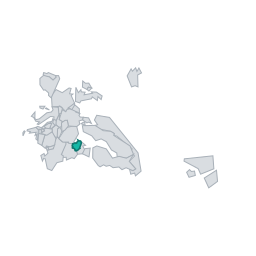 Lithuania on a map of Europe (Mercator projection), rotated 105°
{"feature_id": "LTU", "entity_name": "Lithuania", "entity_type": "country or territory", "adm_level": 0, "iso_a3": "LTU", "parent_name": "Europe", "parent_adm1": "", "projection": "mercator", "projection_center": [24.055, 55.152], "detail": "fine", "context": "in_parent", "style": "filled", "palette": "teal", "viewbox_px": 256, "rotation_deg": 105, "n_neighbors": 37, "source": "natural_earth", "source_scale": "50m", "svg_char_len": 8877}
<svg xmlns="http://www.w3.org/2000/svg" viewBox="0 0 256 256"><g transform="rotate(105 128 128)"><path d="M132.9,38.8L145.2,34.5L153.8,45.9L149.1,49.7L145.5,65.3L143.2,65.6L132.9,38.8ZM171.9,113.4L167.1,116.0L167.9,112.2L165.5,110.0L159.9,118.2L153.3,114.4L150.7,119.4L147.1,118.6L138.7,136.7L138.8,139.9L136.9,139.8L135.7,143.8L136.4,155.8L134.0,160.5L132.7,158.2L129.0,162.5L123.8,161.5L122.6,148.6L149.4,111.9L166.3,104.2L172.3,108.4L169.8,109.9L171.9,113.4ZM164.9,34.5L156.6,41.4L145.9,31.6L156.4,27.7L164.9,34.5ZM159.8,56.3L155.6,59.9L152.3,57.8L153.6,55.5L152.4,52.6L156.4,50.7L159.8,56.3Z" fill="#d9dde1" stroke="#a8b0b8" stroke-width="1"/><path d="M117.9,186.0L128.4,192.3L124.5,198.7L127.2,206.8L116.6,210.3L109.5,207.5L110.9,200.7L104.6,195.3L104.5,193.2L110.1,193.3L109.5,190.0L111.3,191.3L117.9,186.0ZM129.7,212.3L130.9,208.6L130.6,212.8L129.7,212.3Z" fill="#d9dde1" stroke="#a8b0b8" stroke-width="1"/><path d="M134.0,160.5L137.0,151.3L135.7,143.8L136.9,139.8L138.8,139.9L144.8,121.4L152.1,115.8L157.6,121.8L158.3,131.1L155.0,132.4L153.5,138.3L146.8,145.4L145.5,151.1L148.6,155.9L144.9,161.0L143.1,170.2L137.6,172.7L134.0,160.5Z" fill="#d9dde1" stroke="#a8b0b8" stroke-width="1"/><path d="M166.4,169.9L171.5,172.0L171.2,174.5L174.9,179.2L172.3,180.1L173.2,183.1L170.9,185.5L157.6,184.7L157.5,177.4L161.4,176.2L163.2,171.8L166.4,169.9Z" fill="#d9dde1" stroke="#a8b0b8" stroke-width="1"/><path d="M179.3,201.6L182.1,202.1L177.1,205.1L174.4,202.5L176.6,201.1L173.0,198.8L167.3,202.6L167.7,199.5L169.9,199.5L167.3,194.8L160.1,195.9L154.9,194.0L158.3,188.1L157.6,184.7L159.5,183.7L170.9,185.5L171.6,183.3L176.9,182.4L179.9,187.7L188.8,190.6L188.2,195.4L179.2,200.0L179.3,201.6Z" fill="#d9dde1" stroke="#a8b0b8" stroke-width="1"/><path d="M157.5,177.4L158.1,181.3L157.0,181.9L158.5,187.3L156.2,192.2L143.7,188.1L139.7,180.3L139.8,177.9L146.4,174.3L157.5,177.4Z" fill="#d9dde1" stroke="#a8b0b8" stroke-width="1"/><path d="M145.2,194.8L143.4,198.8L140.8,199.5L131.0,197.7L137.6,196.6L138.8,192.7L144.3,192.9L145.2,194.8Z" fill="#d9dde1" stroke="#a8b0b8" stroke-width="1"/><path d="M154.9,194.0L156.0,195.5L152.8,199.8L148.0,201.3L143.7,198.4L145.2,194.8L154.9,194.0Z" fill="#d9dde1" stroke="#a8b0b8" stroke-width="1"/><path d="M163.4,194.5L167.3,194.8L169.9,199.5L167.7,199.5L166.5,202.1L166.3,198.5L163.4,194.5Z" fill="#d9dde1" stroke="#a8b0b8" stroke-width="1"/><path d="M166.5,202.1L169.1,202.6L167.1,206.8L156.5,206.5L151.3,200.3L156.9,194.9L163.4,194.5L166.3,198.5L166.5,202.1Z" fill="#d9dde1" stroke="#a8b0b8" stroke-width="1"/><path d="M164.7,165.4L166.4,169.9L163.2,171.8L160.1,169.3L152.9,170.4L155.7,164.5L157.2,167.1L160.7,163.7L164.7,165.4Z" fill="#d9dde1" stroke="#a8b0b8" stroke-width="1"/><path d="M166.0,158.2L164.7,165.4L159.1,164.3L157.2,159.3L166.0,158.2Z" fill="#d9dde1" stroke="#a8b0b8" stroke-width="1"/><path d="M139.8,177.9L141.5,186.1L136.3,188.6L138.8,192.7L137.6,196.6L127.2,196.2L128.4,192.3L125.7,191.7L124.5,189.0L124.4,183.8L126.1,182.7L126.5,178.1L128.5,178.6L129.8,177.0L129.2,174.0L131.9,173.9L133.8,177.1L136.8,175.6L139.8,177.9Z" fill="#d9dde1" stroke="#a8b0b8" stroke-width="1"/><path d="M155.9,205.4L156.5,206.5L167.1,206.8L166.0,211.2L156.5,212.9L155.9,205.4Z" fill="#d9dde1" stroke="#a8b0b8" stroke-width="1"/><path d="M162.8,227.4L159.8,228.3L157.6,227.5L157.9,226.5L162.8,227.4ZM152.8,214.1L163.4,212.3L162.4,214.2L157.9,214.5L159.2,215.9L155.9,215.6L158.5,221.9L156.8,221.3L156.9,224.8L155.6,224.8L151.2,217.1L152.8,214.1Z" fill="#d9dde1" stroke="#a8b0b8" stroke-width="1"/><path d="M152.8,214.1L151.2,217.1L149.8,215.6L150.4,209.4L152.8,214.1Z" fill="#d9dde1" stroke="#a8b0b8" stroke-width="1"/><path d="M144.4,199.3L149.8,202.8L142.9,203.9L148.0,210.0L143.4,207.3L141.3,203.2L138.9,203.0L144.4,199.3Z" fill="#d9dde1" stroke="#a8b0b8" stroke-width="1"/><path d="M131.3,196.5L132.7,199.4L126.9,201.3L124.5,200.0L125.9,196.4L131.3,196.5Z" fill="#d9dde1" stroke="#a8b0b8" stroke-width="1"/><path d="M124.1,189.1L124.8,191.0L123.8,190.8L124.1,189.1Z" fill="#d9dde1" stroke="#a8b0b8" stroke-width="1"/><path d="M124.8,187.0L123.8,190.8L117.9,186.0L122.5,185.0L124.8,187.0Z" fill="#d9dde1" stroke="#a8b0b8" stroke-width="1"/><path d="M126.2,178.8L124.8,187.0L119.4,185.4L122.0,180.0L126.2,178.8Z" fill="#d9dde1" stroke="#a8b0b8" stroke-width="1"/><path d="M96.1,211.5L97.5,210.5L101.1,212.8L99.0,217.1L99.8,220.9L98.3,223.8L96.3,223.8L96.4,220.4L95.1,219.3L96.1,211.5Z" fill="#d9dde1" stroke="#a8b0b8" stroke-width="1"/><path d="M99.0,223.2L99.0,217.1L101.1,212.8L97.5,210.5L96.1,211.5L95.4,208.6L98.1,206.7L118.8,210.0L117.1,213.2L114.7,213.7L112.6,217.9L113.3,219.3L109.1,224.2L103.0,225.9L99.0,223.2Z" fill="#d9dde1" stroke="#a8b0b8" stroke-width="1"/><path d="M101.4,177.5L100.3,182.6L94.3,183.9L95.8,180.7L94.8,177.5L98.8,173.4L98.8,176.9L101.4,177.5Z" fill="#d9dde1" stroke="#a8b0b8" stroke-width="1"/><path d="M132.9,198.2L139.2,199.3L139.5,201.8L136.4,202.4L136.9,205.8L147.8,215.3L147.7,216.7L145.0,215.1L145.3,218.9L142.8,221.3L143.6,218.7L142.2,216.1L134.3,210.3L132.4,206.2L129.9,205.1L127.2,206.8L126.1,200.7L132.9,198.2ZM136.6,222.0L142.5,220.5L141.7,224.4L136.6,222.0ZM128.5,213.9L131.7,215.0L131.4,218.2L129.8,218.9L128.5,213.9Z" fill="#d9dde1" stroke="#a8b0b8" stroke-width="1"/><path d="M131.9,173.9L129.2,174.0L128.4,168.7L133.1,164.5L132.5,167.5L133.7,169.0L131.9,173.9ZM136.5,170.1L136.0,174.5L134.0,172.6L133.7,171.3L136.5,170.1Z" fill="#d9dde1" stroke="#a8b0b8" stroke-width="1"/><path d="M101.4,177.5L98.8,176.9L98.8,173.4L102.4,175.3L101.4,177.5ZM107.3,179.0L103.6,171.2L102.6,172.8L101.5,167.8L103.7,161.3L107.5,161.3L105.4,165.2L109.4,164.7L107.2,170.6L109.2,170.8L114.0,180.5L116.3,181.1L115.9,185.6L102.2,188.9L106.7,185.1L103.2,183.4L105.2,182.5L104.5,178.7L107.3,179.0Z" fill="#d9dde1" stroke="#a8b0b8" stroke-width="1"/><path d="M85.7,129.0L85.3,132.1L87.4,135.2L77.9,142.3L70.1,140.3L72.0,138.4L67.9,136.2L71.1,134.0L67.2,133.0L71.3,129.2L74.3,132.4L85.7,129.0Z" fill="#d9dde1" stroke="#a8b0b8" stroke-width="1"/><path d="M139.2,199.3L143.7,198.4L144.4,199.3L142.1,202.2L139.0,202.0L139.2,199.3Z" fill="#d9dde1" stroke="#a8b0b8" stroke-width="1"/><path d="M167.9,112.2L166.9,119.6L169.8,123.0L168.0,126.7L170.2,132.1L168.9,136.0L170.6,139.2L169.9,142.0L172.7,144.9L172.0,147.0L166.2,154.3L156.3,156.8L153.4,153.5L153.8,143.6L161.1,135.2L157.7,129.3L157.6,121.8L152.1,115.8L159.9,118.2L165.5,110.0L167.9,112.2Z" fill="#d9dde1" stroke="#a8b0b8" stroke-width="1"/><path d="M155.7,192.1L154.5,194.2L146.9,195.8L145.0,193.8L148.2,190.9L155.7,192.1Z" fill="#d9dde1" stroke="#a8b0b8" stroke-width="1"/><path d="M141.5,186.1L146.3,188.3L148.7,190.9L140.2,193.6L136.8,190.7L136.3,188.6L141.5,186.1Z" fill="#d9dde1" stroke="#a8b0b8" stroke-width="1"/><path d="M148.2,209.5L144.2,205.9L143.3,202.8L149.7,203.8L149.9,207.2L148.2,209.5Z" fill="#d9dde1" stroke="#a8b0b8" stroke-width="1"/><path d="M155.4,210.4L156.5,212.9L152.1,213.5L152.4,211.1L155.4,210.4Z" fill="#d9dde1" stroke="#a8b0b8" stroke-width="1"/><path d="M148.7,200.9L151.3,200.3L156.0,204.5L155.7,210.0L153.9,210.6L152.5,207.9L151.4,209.1L149.4,207.3L148.7,200.9Z" fill="#d9dde1" stroke="#a8b0b8" stroke-width="1"/><path d="M151.0,209.7L149.7,211.5L148.0,210.0L149.4,207.3L151.0,209.7Z" fill="#d9dde1" stroke="#a8b0b8" stroke-width="1"/><path d="M152.0,211.6L151.0,209.7L152.1,208.1L154.3,209.5L152.0,211.6Z" fill="#d9dde1" stroke="#a8b0b8" stroke-width="1"/><path d="M156.1,176.0L156.1,175.8L156.0,175.5L156.0,175.3L156.0,175.1L156.3,174.4L156.1,174.1L155.9,174.0L155.8,173.7L155.3,173.6L155.0,173.7L154.8,173.6L154.5,173.5L154.1,173.3L153.9,173.2L153.6,173.1L153.5,172.9L153.4,173.0L153.2,173.0L153.3,173.0L153.2,172.7L153.3,172.3L153.1,171.8L152.9,171.1L152.9,170.4L153.4,169.9L154.0,169.5L154.2,169.4L154.8,169.2L155.4,169.2L155.8,169.2L156.2,169.2L156.3,169.2L156.5,169.2L156.7,169.4L156.8,169.4L157.0,169.3L157.7,169.4L157.9,169.4L158.1,169.4L158.5,169.5L159.2,169.6L159.4,169.6L159.5,169.5L159.8,169.2L160.1,169.1L160.3,169.4L160.5,169.8L160.8,169.9L161.5,170.1L162.0,170.5L162.3,170.7L162.4,170.9L162.6,171.2L162.8,171.4L163.0,171.5L163.3,171.6L163.4,171.8L163.3,172.0L163.2,172.4L163.1,172.6L163.2,172.8L163.5,172.8L163.7,173.0L163.4,173.4L162.8,173.4L162.7,173.4L162.7,173.6L162.6,173.8L162.4,174.0L162.2,174.0L161.8,174.4L161.7,174.8L161.7,175.0L161.7,175.3L161.5,175.6L161.4,175.9L161.4,176.0L161.5,176.1L161.8,176.3L161.8,176.5L161.6,176.7L161.4,176.7L161.4,176.4L161.2,176.2L161.1,176.3L160.9,176.3L160.7,176.4L160.6,176.6L160.4,176.7L160.1,176.6L160.0,177.1L159.9,177.2L159.6,177.2L159.4,177.3L159.1,177.5L158.9,177.4L158.7,177.3L158.4,177.3L158.2,177.3L157.6,177.4L157.5,177.2L157.5,176.9L157.4,176.6L157.1,176.3L156.9,176.2L156.7,176.1L156.5,175.9L156.4,175.8L156.2,175.8L156.1,176.0ZM152.7,172.9L152.8,172.5L152.9,172.3L153.0,171.9L153.0,172.0L152.9,172.7L152.7,172.9Z" fill="#14b8a6" stroke="#0f766e" stroke-width="1.5"/></g></svg>